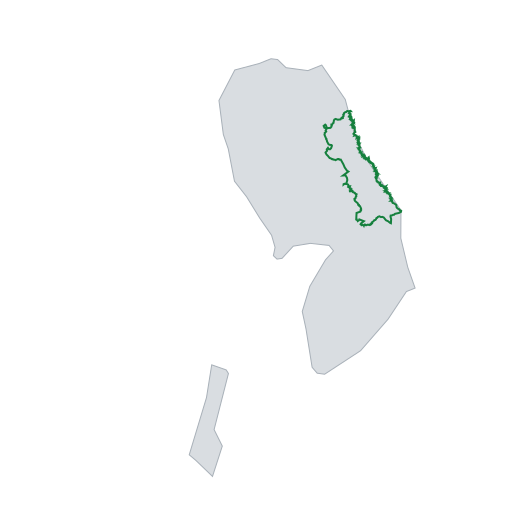 Jericho & Al Aghwar, West Bank, Palestine (highlighted), rotated 332°
{"feature_id": "87354302B18647900198549", "entity_name": "Jericho & Al Aghwar", "entity_type": "district", "adm_level": 2, "iso_a3": "PSE", "parent_name": "Palestine", "parent_adm1": "West Bank", "projection": "robinson", "projection_center": [35.498, 31.968], "detail": "fine", "context": "in_parent", "style": "outline", "palette": "green", "viewbox_px": 512, "rotation_deg": 332, "n_neighbors": 0, "source": "geoboundaries", "source_scale": "gbopen_adm2", "svg_char_len": 6813}
<svg xmlns="http://www.w3.org/2000/svg" viewBox="0 0 512 512"><g transform="rotate(332 256 256)"><path d="M403.7,118.3L408.3,159.7L400.0,195.1L399.3,226.2L405.4,283.8L392.2,308.3L384.7,337.2L381.4,359.0L372.1,358.0L342.9,373.8L303.9,388.7L261.1,392.6L255.0,388.2L253.3,380.6L265.9,343.9L270.8,326.7L289.3,308.0L315.6,292.0L326.8,287.9L325.5,281.0L309.8,270.3L293.5,264.8L277.9,270.3L273.1,268.6L271.5,263.9L276.9,257.3L279.5,245.0L277.1,224.4L275.5,199.3L272.1,179.9L281.8,148.4L284.2,133.4L296.3,101.3L324.6,81.8L349.0,87.5L361.9,88.9L367.3,92.7L370.9,103.8L388.9,116.7L403.7,118.3ZM165.8,331.3L176.2,342.6L176.5,346.8L137.5,389.6L137.0,408.0L114.1,430.2L106.9,408.1L103.7,400.2L145.8,357.8L165.8,331.3Z" fill="#d9dde1" stroke="#a8b0b8" stroke-width="1"/><path d="M407.6,172.2L405.7,171.7L404.6,170.8L403.3,171.2L402.3,170.9L400.7,171.2L400.5,171.7L399.5,172.1L399.6,172.7L398.9,173.2L398.8,173.7L397.9,173.9L397.5,175.0L397.0,175.0L396.3,174.2L394.8,175.1L392.1,174.0L390.7,172.4L389.4,172.3L388.5,172.8L386.9,174.9L386.0,174.9L384.7,175.9L384.2,175.5L383.4,177.2L381.9,177.8L379.3,176.7L378.8,175.6L379.1,173.2L378.8,172.5L376.8,172.9L376.6,174.9L377.6,175.8L377.8,177.0L376.4,177.8L376.4,179.1L374.4,179.6L374.1,180.4L373.4,181.0L373.0,185.4L373.1,185.6L372.8,185.8L372.9,187.0L372.5,188.2L372.5,191.4L373.2,192.4L374.8,193.5L374.8,194.3L372.9,196.1L371.5,196.5L370.4,195.9L370.3,194.3L368.5,195.1L368.1,196.5L366.0,197.2L365.9,197.6L365.9,199.5L366.5,201.4L367.0,204.1L367.8,204.7L368.4,206.0L368.7,206.4L369.2,206.4L369.7,207.3L370.9,208.1L371.2,208.7L373.9,208.8L374.7,209.3L374.8,210.1L376.1,210.7L376.2,216.0L375.9,219.5L376.4,223.5L377.2,224.8L370.7,225.8L372.9,226.8L373.0,229.8L372.3,231.8L369.8,234.4L368.0,233.8L367.1,233.7L366.9,234.0L368.0,233.8L370.2,235.3L370.8,236.1L370.8,236.9L370.1,237.9L370.8,238.2L370.4,238.3L371.0,238.9L370.5,239.1L371.0,239.6L370.5,240.5L370.9,240.6L370.9,240.9L371.4,241.1L371.3,241.5L371.5,241.7L370.0,242.6L368.6,242.6L369.7,243.2L370.4,243.2L370.7,243.5L371.4,243.4L371.8,243.7L371.8,244.0L371.4,244.5L371.8,245.1L371.7,245.3L372.7,246.3L372.9,246.7L372.7,247.1L373.7,248.6L373.1,248.8L372.7,250.3L371.7,250.7L371.1,251.6L370.6,251.6L370.1,252.1L369.7,251.9L369.3,252.7L369.3,254.0L370.6,257.2L370.3,258.9L370.9,259.2L370.6,260.1L371.2,260.7L371.1,263.4L370.3,264.1L370.5,264.7L370.0,265.2L369.4,265.2L368.9,265.8L365.0,265.2L361.7,270.7L362.0,270.9L361.8,271.2L362.4,272.5L362.3,272.9L363.6,272.8L364.4,272.2L367.6,275.9L363.8,276.6L363.2,277.1L363.7,278.3L364.3,278.1L365.0,279.1L365.5,279.3L365.5,279.8L366.0,279.3L366.7,279.2L367.2,279.6L367.1,280.1L367.7,280.6L369.5,280.8L370.5,281.8L371.0,281.6L371.6,282.2L372.4,282.1L372.4,281.6L372.9,281.3L373.9,281.6L374.2,280.7L376.1,280.5L377.2,279.9L378.3,280.2L379.0,280.0L380.2,279.0L380.9,279.2L381.8,278.7L383.6,278.9L384.6,280.3L386.0,280.8L386.9,282.0L387.5,285.4L389.0,287.4L390.0,289.8L390.5,290.4L392.7,286.8L393.2,284.4L393.9,283.5L395.1,284.0L396.4,284.0L397.2,284.4L398.5,284.0L402.4,285.1L404.7,285.1L405.4,284.3L405.2,283.8L404.3,283.1L404.5,282.1L403.6,281.0L403.1,279.8L403.0,278.9L403.8,276.7L402.6,274.3L401.6,273.3L401.9,272.2L401.6,271.8L402.0,271.2L401.5,271.2L401.6,270.6L401.1,270.4L401.8,270.2L401.5,268.9L401.9,269.1L402.2,268.8L402.4,269.1L402.6,268.6L403.1,268.6L402.7,267.6L402.8,267.1L402.3,266.7L402.7,266.5L402.6,266.0L403.2,265.3L402.6,265.2L402.8,264.1L402.4,263.6L403.1,263.3L402.1,262.7L402.1,262.4L402.6,262.4L402.5,262.1L401.6,262.0L402.0,261.2L401.6,261.1L401.7,261.5L401.2,261.3L401.5,260.5L400.4,259.9L401.1,259.7L400.7,259.2L401.1,259.3L401.2,258.8L401.7,259.1L401.6,258.2L402.0,258.6L402.0,257.8L402.7,258.0L402.3,257.3L402.8,257.6L403.1,257.4L402.6,257.1L402.8,256.8L402.4,256.1L403.3,255.5L402.5,255.5L402.0,255.0L401.0,255.2L401.2,254.5L401.0,253.8L399.5,253.0L400.2,252.3L399.3,251.9L399.4,251.6L399.0,250.9L399.7,250.6L399.9,250.1L399.1,250.4L399.5,249.4L399.1,249.2L399.1,248.9L398.5,248.7L398.5,247.8L397.9,247.4L398.1,246.8L397.7,246.4L398.5,244.2L398.3,243.6L398.4,242.5L398.9,242.2L399.5,242.9L399.6,242.0L400.2,241.9L399.8,242.4L400.2,242.6L401.0,242.2L400.5,241.8L400.3,240.5L401.7,240.8L401.7,240.4L401.0,240.0L401.3,239.6L402.1,240.1L401.8,239.5L402.4,239.2L402.4,238.7L401.4,238.5L402.3,237.5L401.4,237.1L402.1,236.8L401.5,236.5L402.0,236.4L401.6,236.0L402.1,235.5L401.6,235.6L401.0,234.5L401.5,234.9L401.5,234.4L402.1,234.2L401.8,234.1L401.9,233.5L401.5,233.5L401.2,233.1L401.4,232.6L402.4,232.1L401.6,231.3L402.1,231.1L402.1,230.7L402.8,230.3L402.8,229.9L402.6,229.3L402.0,229.6L401.9,229.0L401.5,228.7L401.3,228.2L401.6,227.9L401.3,227.5L401.6,227.3L401.4,226.8L401.1,226.7L400.6,227.2L400.0,226.0L400.2,225.2L400.6,225.0L400.2,224.7L400.3,224.1L400.6,224.0L400.7,223.6L401.4,223.3L401.6,222.6L401.0,223.0L401.0,222.3L400.3,222.8L400.6,221.9L400.1,222.7L399.6,221.7L399.5,222.5L398.9,222.2L398.4,222.4L398.3,222.0L398.7,221.3L398.5,221.1L398.5,221.5L398.2,221.5L397.6,220.9L398.2,220.8L398.0,220.2L398.7,220.2L398.5,219.9L398.8,219.2L398.4,219.3L398.2,218.6L397.4,218.4L398.8,217.7L398.8,217.0L397.3,217.0L397.3,216.7L397.9,216.7L397.8,216.4L396.9,216.5L397.4,215.7L397.0,215.3L397.7,214.4L397.2,214.4L396.7,213.9L397.3,213.9L397.4,213.0L396.9,213.2L396.5,212.8L397.3,211.3L396.6,210.1L396.7,209.7L397.2,209.5L396.9,208.8L397.5,209.0L397.4,209.5L397.7,209.7L397.9,209.6L398.0,208.9L398.9,209.0L398.7,206.8L399.2,206.8L399.5,206.4L399.1,206.5L398.8,206.0L400.0,205.4L399.0,205.5L398.9,205.2L399.6,205.1L398.9,204.7L399.5,204.4L399.0,204.1L399.0,203.5L399.6,203.6L399.9,204.2L400.1,204.0L400.1,202.0L400.9,202.5L401.0,202.2L400.5,201.6L401.5,201.3L401.0,200.9L401.0,200.5L401.8,201.1L402.6,200.9L401.8,200.7L402.5,200.1L401.8,199.9L402.4,199.1L402.0,199.1L401.9,198.5L400.7,198.7L401.3,198.1L401.0,197.4L401.2,196.8L400.6,196.3L400.6,196.0L399.4,195.8L400.1,195.3L399.4,193.9L400.9,193.2L401.9,193.2L402.1,192.5L401.8,192.1L402.9,190.1L402.5,189.3L403.1,189.6L403.5,189.0L402.8,188.5L403.4,188.3L403.7,187.8L403.6,187.5L403.3,187.5L403.2,188.1L402.7,187.7L402.4,188.4L402.1,188.3L402.4,188.0L401.8,187.9L402.0,187.6L401.8,187.2L402.0,186.8L402.4,186.8L402.7,187.3L403.4,186.6L403.2,186.1L402.8,186.6L402.1,186.3L401.9,185.3L402.7,185.1L402.1,184.8L402.8,184.6L403.2,184.9L403.7,184.1L404.6,184.7L404.5,183.9L405.0,184.4L405.4,184.2L405.2,183.4L406.1,182.1L405.4,182.2L404.6,181.5L404.2,182.2L403.9,181.2L404.3,181.0L404.8,181.3L404.8,180.5L404.2,180.2L403.6,180.5L403.1,179.4L403.9,179.2L404.1,179.8L404.4,179.3L405.1,179.0L404.8,178.3L404.1,178.9L403.9,178.3L404.4,177.6L403.7,176.9L404.2,176.7L404.8,177.5L405.4,177.5L405.2,176.5L404.3,176.4L404.1,176.2L405.1,175.9L405.6,176.2L406.0,175.3L405.5,175.2L405.6,174.7L405.2,173.8L405.9,173.8L405.9,173.1L406.5,172.5L407.1,172.4L407.7,172.7L407.6,172.2Z" fill="none" stroke="#15803d" stroke-width="2"/></g></svg>